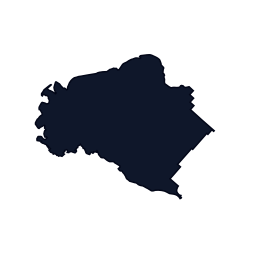 Kusilvak, Alaska, United States of America, rotated 44°
{"feature_id": "52423323B57268278189593", "entity_name": "Kusilvak", "entity_type": "district", "adm_level": 2, "iso_a3": "USA", "parent_name": "United States of America", "parent_adm1": "Alaska", "projection": "orthographic", "projection_center": [-164.106, 62.097], "detail": "fine", "context": "isolated", "style": "filled", "palette": "ink", "viewbox_px": 256, "rotation_deg": 44, "n_neighbors": 0, "source": "geoboundaries", "source_scale": "gbopen_adm2", "svg_char_len": 4193}
<svg xmlns="http://www.w3.org/2000/svg" viewBox="0 0 256 256"><g transform="rotate(44 128 128)"><path d="M143.3,55.9L141.5,58.6L140.8,59.2L139.8,59.5L139.1,59.6L138.8,59.4L138.5,59.4L137.1,60.1L136.8,60.6L136.6,60.9L136.6,61.3L136.8,62.7L136.7,63.0L136.5,63.3L135.0,65.1L134.5,65.4L132.3,67.4L131.2,69.0L130.8,69.3L128.7,69.9L123.6,70.6L122.2,69.6L120.7,67.9L120.3,67.5L119.1,66.9L118.2,66.1L117.8,65.5L117.6,64.7L115.9,64.1L115.2,64.4L114.2,63.4L112.7,61.5L112.2,60.4L112.1,60.2L111.9,60.0L111.3,59.7L110.4,59.8L107.7,59.5L107.1,58.8L105.4,57.9L103.6,57.1L102.7,57.0L100.7,57.2L98.8,57.7L94.5,59.2L92.9,60.1L90.9,62.2L87.0,67.0L86.8,67.4L86.7,68.2L86.7,68.4L86.8,68.6L87.6,68.3L88.5,68.8L88.4,69.5L85.5,71.7L84.7,72.6L83.3,75.6L82.8,76.3L81.9,78.9L81.2,82.0L80.8,82.8L80.1,84.8L80.0,85.4L80.0,86.2L81.1,92.3L80.2,93.4L78.3,93.2L76.4,94.9L76.1,95.0L75.0,97.5L74.3,98.5L73.7,102.1L70.7,105.3L68.7,107.9L67.9,109.3L67.4,110.8L66.6,112.0L65.6,113.3L61.9,118.3L58.3,123.3L56.8,125.2L55.8,127.1L54.5,129.2L54.1,131.4L54.1,133.6L54.5,136.1L55.6,138.9L56.1,140.3L57.6,142.3L57.3,143.2L55.7,143.2L54.7,143.4L54.5,143.6L54.5,144.0L54.2,144.3L53.8,144.4L50.6,144.3L48.2,143.9L44.4,144.7L44.1,144.9L44.1,145.4L44.2,145.7L46.5,150.1L46.9,150.5L48.5,151.6L50.8,152.6L52.1,152.7L52.1,153.7L51.8,153.9L49.4,154.2L47.5,154.7L46.1,155.2L45.6,155.5L45.0,155.7L42.7,156.0L42.5,155.9L42.5,155.5L42.6,153.8L42.8,151.3L42.8,150.5L42.8,150.3L42.5,150.3L42.2,150.9L42.0,151.8L41.1,158.6L41.1,159.0L41.2,159.4L41.6,160.9L41.7,161.5L41.9,163.2L42.4,163.8L43.1,164.5L44.1,164.5L44.1,164.0L43.7,162.7L44.1,162.1L45.3,162.0L46.4,161.7L46.8,161.3L46.9,161.1L47.4,160.8L48.9,160.8L50.3,162.1L52.0,162.5L53.5,164.4L53.7,165.0L53.6,165.8L53.0,167.0L52.3,167.4L52.0,167.4L50.7,167.9L48.5,169.2L48.4,169.8L48.4,170.2L48.6,171.1L49.5,174.4L50.1,175.4L50.9,176.1L51.3,176.4L51.5,176.2L52.2,176.0L55.8,177.0L56.6,177.6L57.0,178.0L57.0,178.6L56.8,179.3L56.6,180.5L56.6,181.6L56.9,183.3L56.7,184.8L57.7,188.3L58.7,189.5L61.6,190.1L62.8,190.4L63.7,190.4L64.3,190.1L64.4,188.5L65.6,184.9L66.1,184.1L66.7,184.2L68.0,186.0L69.2,186.1L70.1,186.4L70.2,186.5L70.3,187.0L70.0,187.7L70.0,187.9L70.2,188.4L71.6,190.6L73.4,191.7L74.8,192.2L75.3,191.0L76.6,191.2L76.6,192.5L76.6,193.5L76.3,194.0L75.2,194.6L74.5,194.7L72.6,194.6L72.2,194.5L72.2,194.4L71.7,194.4L71.1,194.7L69.4,196.4L69.3,196.6L69.3,196.9L69.9,199.0L71.1,200.1L71.3,200.2L75.0,197.7L75.3,198.6L76.9,198.3L78.5,197.5L79.4,197.3L81.1,196.6L81.9,197.1L82.3,196.8L83.1,197.3L83.2,196.5L83.9,196.6L84.7,197.4L84.7,196.9L86.5,196.8L86.5,198.5L86.8,199.0L87.6,198.9L89.0,199.2L91.4,198.2L92.4,198.7L93.2,197.3L94.7,196.9L95.8,197.1L96.3,196.5L97.7,196.4L98.3,195.2L100.2,194.2L100.4,191.0L99.1,191.2L98.5,190.6L98.9,188.9L98.0,188.2L98.8,186.3L100.1,186.2L100.9,187.0L101.2,187.8L102.5,186.8L102.4,185.8L104.2,183.8L104.8,183.8L107.1,182.7L107.3,182.0L107.0,180.4L106.3,180.0L105.3,180.7L105.4,179.6L105.0,178.2L105.4,177.0L104.5,175.8L105.0,174.1L105.0,172.8L106.7,173.2L108.4,173.0L110.0,173.8L111.1,173.1L113.3,174.2L113.8,174.1L114.9,175.0L116.3,174.9L118.7,173.8L118.8,173.2L118.2,172.2L118.5,170.9L120.3,170.5L120.4,169.6L119.8,169.0L120.9,168.1L121.5,167.2L121.4,165.9L122.1,165.9L122.4,167.1L123.5,166.4L125.4,167.5L129.0,167.9L130.0,167.4L131.1,166.3L132.2,166.0L135.1,165.8L136.5,165.5L138.0,165.0L138.4,164.7L141.1,162.0L142.2,162.3L148.3,160.9L149.4,161.7L149.3,164.1L151.5,164.4L152.4,164.1L153.6,163.1L155.4,163.6L156.7,163.6L159.5,164.3L161.6,165.2L162.8,165.4L164.4,165.1L166.1,165.1L170.8,162.6L172.0,161.8L172.9,161.6L174.8,161.5L176.6,160.8L179.1,159.2L182.6,158.3L184.1,157.8L188.4,156.9L189.6,155.9L191.1,153.5L193.2,151.4L195.6,149.5L198.2,147.9L200.8,147.0L203.3,146.3L207.1,143.6L208.7,142.8L210.2,142.3L212.7,142.2L214.5,142.6L214.9,141.5L214.8,141.0L213.1,140.8L212.9,139.8L211.9,140.4L210.9,140.6L208.7,140.4L207.5,140.0L206.6,139.4L205.6,138.1L204.7,136.0L204.5,134.8L193.5,135.4L193.2,128.7L192.7,119.5L188.9,119.7L188.1,101.2L187.9,98.5L189.4,98.4L188.4,77.2L189.9,77.1L189.6,71.0L191.9,70.9L191.9,70.1L175.4,70.9L160.1,71.4L159.9,66.1L154.7,66.3L154.5,61.0L149.2,61.1L149.1,55.8L143.3,55.9Z" fill="#0f172a" stroke="#020617" stroke-width="1.5"/></g></svg>